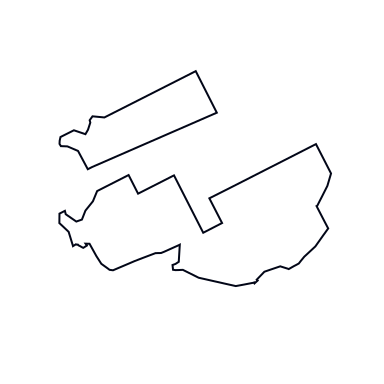 the district of Wagait, Northern Territory, Australia, rotated 153°
{"feature_id": "25037944B50083435969321", "entity_name": "Wagait", "entity_type": "district", "adm_level": 2, "iso_a3": "AUS", "parent_name": "Australia", "parent_adm1": "Northern Territory", "projection": "orthographic", "projection_center": [130.755, -12.442], "detail": "fine", "context": "isolated", "style": "outline", "palette": "ink", "viewbox_px": 384, "rotation_deg": 153, "n_neighbors": 0, "source": "geoboundaries", "source_scale": "gbopen_adm2", "svg_char_len": 1683}
<svg xmlns="http://www.w3.org/2000/svg" viewBox="0 0 384 384"><g transform="rotate(153 192 192)"><path d="M322.6,197.8L319.2,198.1L319.1,197.9L318.9,197.7L318.5,197.4L318.4,197.3L318.2,197.2L317.9,197.1L317.6,197.0L317.5,196.8L317.5,196.7L317.4,196.3L317.4,196.1L317.0,195.5L316.8,195.2L316.6,195.0L316.1,194.3L315.6,193.5L315.4,193.2L315.2,192.9L314.7,192.2L314.4,191.8L314.2,191.6L310.0,192.0L310.3,194.3L306.8,192.4L306.3,178.3L305.4,169.2L301.7,162.0L300.8,160.1L297.9,158.1L280.7,156.9L274.6,156.5L265.9,155.6L252.3,154.1L247.3,151.7L244.0,151.4L227.6,150.6L226.8,150.6L227.8,148.9L235.5,135.8L239.4,135.4L242.5,135.8L243.9,132.1L244.2,131.3L242.2,129.9L239.7,128.7L235.5,126.8L225.0,112.6L212.6,102.3L209.2,99.5L204.9,95.9L195.7,88.3L187.3,85.8L179.3,83.5L178.2,83.1L177.8,83.2L177.8,82.2L173.7,83.3L174.1,84.5L168.9,86.3L163.7,88.1L157.3,87.2L151.8,86.4L147.1,85.7L146.2,84.8L141.4,80.1L140.8,79.4L137.0,79.6L134.6,79.7L132.5,79.7L129.3,79.8L126.3,81.2L121.3,83.4L119.1,84.0L106.8,87.5L94.4,94.0L92.2,95.1L90.3,96.1L87.2,97.7L87.3,105.5L87.4,120.1L87.4,122.9L86.6,122.9L82.2,126.1L80.8,127.1L78.3,128.9L68.6,136.0L59.7,145.4L59.8,178.4L118.7,178.4L158.2,178.4L179.4,178.5L179.3,150.7L200.5,150.6L200.5,174.1L200.5,215.0L240.8,215.0L240.8,235.9L276.1,235.9L284.5,228.7L295.4,223.8L302.6,217.4L308.5,218.2L314.6,229.5L313.8,232.9L319.9,232.9L324.3,224.5L322.5,219.6L320.0,212.5L322.5,198.2L322.6,197.8ZM246.3,304.6L250.6,302.4L251.1,300.0L256.4,294.7L260.7,291.9L269.2,300.6L284.2,300.7L286.6,297.8L288.2,295.0L288.0,292.4L282.3,289.2L274.9,280.3L274.5,259.6L269.5,259.6L133.9,251.4L133.8,298.0L236.2,298.2L246.3,304.6Z" fill="none" stroke="#020617" stroke-width="2"/></g></svg>